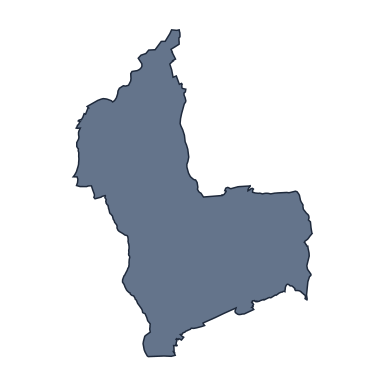 Darmanesti, Arges, Romania, rotated 177°
{"feature_id": "2599482B43149351667502", "entity_name": "Darmanesti", "entity_type": "district", "adm_level": 2, "iso_a3": "ROU", "parent_name": "Romania", "parent_adm1": "Arges", "projection": "equal_earth", "projection_center": [24.892, 44.998], "detail": "fine", "context": "isolated", "style": "filled", "palette": "slate", "viewbox_px": 384, "rotation_deg": 177, "n_neighbors": 0, "source": "geoboundaries", "source_scale": "gbopen_adm2", "svg_char_len": 5868}
<svg xmlns="http://www.w3.org/2000/svg" viewBox="0 0 384 384"><g transform="rotate(177 192 192)"><path d="M303.2,241.1L303.5,239.1L303.0,237.2L303.3,233.2L303.2,231.8L303.3,229.9L303.7,227.2L303.8,225.8L304.3,223.9L306.4,218.2L308.4,215.0L309.8,213.4L306.0,213.1L305.3,210.8L305.8,207.4L307.0,204.5L303.6,203.3L297.0,202.9L295.4,203.4L294.3,203.5L292.1,203.4L291.1,199.5L289.8,195.3L289.6,194.2L289.7,193.2L290.3,191.8L289.2,190.3L283.1,191.6L282.1,192.3L278.9,193.0L278.7,192.6L279.3,190.9L278.4,189.5L278.1,188.9L278.5,187.7L278.6,186.8L278.3,186.2L278.4,185.5L277.9,184.8L277.6,184.0L276.5,183.0L276.6,182.4L276.3,181.4L276.3,180.3L275.8,178.6L275.4,176.1L275.2,175.3L274.7,174.5L274.1,174.1L273.5,173.2L272.7,172.2L272.1,168.9L271.4,167.8L271.0,166.7L270.9,165.9L269.0,163.2L268.8,162.6L268.6,161.6L268.8,160.0L267.9,157.7L266.8,156.5L263.2,154.1L261.2,152.5L259.4,152.0L258.8,151.5L258.5,150.8L258.3,149.4L258.2,147.3L258.5,146.3L258.3,145.3L258.3,144.4L257.9,143.5L257.7,140.5L257.9,138.5L258.1,137.9L258.3,136.7L258.2,135.2L258.3,134.3L258.6,133.5L258.5,132.2L257.8,131.4L257.6,129.9L258.2,128.0L258.6,124.9L258.6,123.0L258.9,121.7L259.0,120.7L260.2,118.8L260.7,117.4L262.8,113.9L263.4,112.7L264.3,111.8L265.2,109.7L265.9,108.0L266.1,105.7L264.6,103.1L263.8,100.5L262.5,97.6L261.6,96.4L259.9,94.7L259.2,94.5L258.8,93.1L257.4,91.9L255.7,91.3L254.5,89.0L254.3,87.9L253.4,87.1L253.0,86.3L252.1,83.6L250.5,81.2L248.3,77.6L247.8,76.1L247.6,74.4L247.3,74.0L245.2,72.9L243.7,68.8L243.0,65.8L240.6,62.4L240.9,61.2L241.0,59.6L241.4,57.3L241.0,54.3L246.2,50.9L246.8,50.1L248.3,45.4L248.8,43.0L248.0,36.9L247.2,34.6L245.3,30.7L244.3,29.9L228.6,29.7L221.3,29.0L217.3,29.8L217.8,31.3L217.7,32.3L218.1,32.5L218.5,32.5L218.7,32.8L219.0,33.6L218.2,33.5L218.2,38.1L218.4,39.6L216.0,39.3L215.3,39.2L214.9,39.4L214.9,39.7L216.9,40.0L216.2,40.2L215.9,40.5L215.5,42.8L214.9,44.1L215.0,44.6L215.0,45.2L215.7,45.5L215.6,45.8L214.9,46.4L213.5,45.3L212.7,46.2L210.3,44.7L207.9,47.4L209.7,48.7L211.1,50.3L209.1,50.6L208.6,51.5L208.1,52.0L206.6,52.3L205.5,53.3L203.7,53.9L203.2,54.2L200.8,55.0L199.9,56.0L197.4,55.7L194.5,56.1L189.2,57.2L186.4,58.0L187.7,59.8L187.8,60.6L174.4,65.8L166.5,69.1L154.1,73.9L155.3,70.7L155.0,69.3L152.9,67.6L151.4,67.1L149.6,67.2L148.1,67.5L146.2,67.5L136.5,71.4L136.9,72.0L137.3,72.8L137.7,73.3L138.3,73.7L137.0,74.4L137.3,75.3L137.0,75.4L136.4,76.4L136.7,77.1L137.6,77.9L138.2,78.8L138.0,79.0L137.3,79.1L137.3,80.1L135.2,80.3L135.1,80.2L134.9,79.6L134.7,79.6L134.3,79.2L133.8,79.5L133.2,79.1L133.0,79.5L132.4,79.1L132.0,79.4L131.7,79.2L131.3,79.2L130.5,79.4L129.3,80.0L128.6,80.2L128.0,80.3L127.5,80.5L125.9,80.9L125.7,80.4L121.0,82.4L120.0,82.6L119.4,82.3L118.7,82.3L114.3,84.7L113.9,84.7L113.4,84.5L112.2,85.2L110.3,86.5L108.1,87.3L106.9,87.4L106.3,87.9L105.7,88.0L105.1,87.9L104.4,87.6L104.3,88.9L103.9,90.4L103.9,91.2L103.6,92.3L102.9,93.7L102.4,94.3L101.7,94.9L100.7,94.7L99.8,94.1L98.9,93.1L98.0,93.1L97.1,92.9L96.0,92.0L95.4,91.2L94.6,90.6L94.3,90.1L94.4,89.4L94.2,88.7L93.8,88.2L93.2,88.1L92.6,88.2L90.3,87.8L89.3,87.4L88.9,86.9L88.6,86.9L88.1,86.5L87.8,85.9L86.7,85.0L85.6,83.8L84.8,83.3L84.5,82.8L84.3,81.9L84.2,81.1L84.4,80.3L84.7,79.6L82.9,78.3L82.6,79.0L83.0,83.3L81.0,96.3L79.1,101.3L77.7,102.4L77.5,103.6L80.7,108.8L81.2,112.3L80.4,115.0L78.3,121.9L78.3,125.0L79.0,129.4L79.2,131.9L80.3,132.1L80.6,133.3L81.1,133.7L81.2,134.1L81.2,134.3L81.6,134.8L81.7,135.3L82.1,135.6L82.3,135.7L82.5,135.9L81.6,137.1L79.1,138.7L78.0,139.9L76.7,141.6L74.2,144.3L74.3,144.4L74.5,145.5L75.0,149.8L75.3,156.0L77.2,158.0L76.5,160.0L76.6,161.9L77.3,163.3L78.9,164.9L81.7,168.9L82.0,171.8L81.8,173.2L83.5,176.4L84.1,178.0L84.9,183.1L85.7,184.7L87.1,186.8L88.7,187.4L94.4,186.3L95.4,186.2L97.3,186.6L106.2,186.6L109.7,186.5L113.5,186.0L116.0,186.7L118.2,186.9L119.7,186.8L121.8,186.4L123.6,187.1L124.5,187.3L125.8,187.2L128.9,187.7L131.5,188.6L131.4,190.1L131.0,191.3L130.5,191.6L130.5,191.8L131.5,192.5L131.8,192.5L132.8,192.2L133.3,192.0L134.1,191.2L134.7,191.1L135.2,190.6L135.5,190.6L136.1,190.3L136.0,191.3L135.1,193.0L133.6,194.6L133.6,195.2L134.5,195.0L144.5,194.9L146.0,194.8L152.9,193.3L154.1,193.6L154.9,194.2L156.0,194.7L156.8,194.5L158.0,194.1L158.4,193.4L158.7,192.7L159.2,191.6L158.5,191.5L158.0,191.3L157.9,191.0L157.9,190.7L160.0,188.0L160.8,187.5L162.2,187.5L162.2,186.9L180.8,186.4L183.1,190.3L184.6,191.3L185.4,192.3L186.4,194.4L185.9,196.6L186.4,201.3L187.8,203.9L189.1,204.1L190.5,205.1L192.8,207.4L194.5,211.1L195.8,217.2L195.7,219.9L194.5,222.7L193.4,227.1L194.0,234.9L195.1,239.4L196.2,242.4L196.6,249.1L198.0,254.5L199.7,258.7L200.3,261.0L199.6,265.8L198.3,270.8L195.1,280.4L193.7,282.2L193.4,283.4L193.9,286.4L194.9,289.2L194.8,291.3L193.4,292.3L192.8,295.0L194.0,295.3L196.0,295.9L196.5,296.4L196.6,296.7L196.6,298.8L196.5,299.7L196.2,300.1L196.8,301.0L199.0,300.2L201.6,308.7L204.9,307.6L205.9,315.0L207.5,320.9L205.5,322.7L203.9,323.8L204.3,324.2L201.5,325.6L204.6,332.6L204.3,332.8L205.5,335.6L197.1,340.3L197.0,342.7L197.1,343.9L197.0,346.5L195.9,347.6L195.8,349.2L195.8,351.8L196.1,352.7L196.3,354.6L198.7,354.2L203.9,355.0L205.8,351.3L210.9,343.9L214.8,344.0L221.4,336.0L227.8,336.0L230.8,332.7L235.8,331.3L238.7,328.4L235.4,322.7L235.4,320.3L236.1,318.9L237.9,317.2L240.3,316.1L245.6,315.5L247.0,313.4L247.0,308.5L247.4,306.1L249.8,301.9L252.8,301.2L255.0,301.7L259.1,299.4L260.6,296.8L261.1,293.9L262.6,290.0L264.5,287.4L266.5,286.1L267.8,287.4L271.5,289.0L272.8,289.4L275.8,289.9L277.8,289.5L281.3,288.4L292.3,282.9L290.9,281.4L291.5,281.3L294.2,275.3L295.6,275.9L297.3,271.9L297.8,271.4L298.6,270.0L299.0,270.2L300.5,269.8L301.6,269.4L301.9,268.9L300.1,268.1L300.4,267.9L300.9,267.0L301.7,265.4L302.9,264.6L303.3,263.3L304.3,261.9L303.3,261.6L300.2,261.7L301.7,258.9L302.2,257.4L302.3,255.0L302.0,252.8L302.5,250.8L304.5,247.4L304.7,243.5L304.0,242.0L303.2,241.1Z" fill="#64748b" stroke="#1e293b" stroke-width="1.5"/></g></svg>